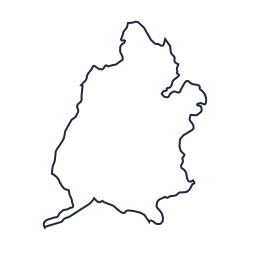 SVG path tracing the border of Évora, rotated 95°
{"feature_id": "PRT-744", "entity_name": "Évora", "entity_type": "District", "adm_level": 1, "iso_a3": "PRT", "parent_name": "Portugal", "parent_adm1": "", "projection": "mercator", "projection_center": [-7.866, 38.601], "detail": "fine", "context": "isolated", "style": "outline", "palette": "slate", "viewbox_px": 256, "rotation_deg": 95, "n_neighbors": 0, "source": "natural_earth", "source_scale": "10m", "svg_char_len": 3775}
<svg xmlns="http://www.w3.org/2000/svg" viewBox="0 0 256 256"><g transform="rotate(95 128 128)"><path d="M219.4,98.9L213.2,104.0L212.9,104.7L211.8,107.0L211.3,108.3L210.3,114.4L210.1,118.4L210.1,120.2L210.3,121.7L211.0,122.8L211.9,123.3L212.8,123.9L213.2,125.3L212.4,127.8L206.6,136.2L204.1,145.1L202.8,147.2L204.4,149.5L204.2,151.6L202.9,153.5L200.9,155.7L202.8,156.6L206.7,159.5L221.4,178.5L222.0,179.5L222.9,181.8L223.5,182.9L224.4,183.9L226.8,185.7L227.5,186.5L233.1,200.8L234.5,202.1L233.8,202.4L233.0,203.1L231.6,203.5L229.6,203.4L227.9,202.2L226.7,200.9L225.5,198.4L225.1,197.1L223.5,193.5L223.3,192.2L222.9,191.1L222.1,190.2L218.5,188.5L215.7,185.6L215.1,184.4L214.8,183.1L214.5,181.8L213.9,180.6L213.2,179.6L212.7,178.8L212.4,178.2L212.3,177.4L212.1,176.8L211.7,176.1L210.7,175.9L209.6,176.0L206.1,177.5L205.2,177.5L204.0,177.9L199.6,180.4L195.2,181.6L194.9,182.8L194.8,183.9L194.2,185.6L193.3,187.2L191.8,188.3L191.3,189.1L189.1,190.3L188.8,190.9L184.9,192.9L182.6,195.4L180.7,198.3L180.5,199.5L179.0,199.9L172.7,199.7L169.6,198.7L167.0,198.1L157.9,197.9L155.9,197.3L147.0,192.3L143.4,190.9L136.4,190.2L124.7,184.9L121.5,181.1L117.5,179.5L116.3,179.2L114.7,179.0L111.6,180.6L110.5,180.6L109.2,180.2L107.8,179.2L106.1,177.4L105.4,177.0L103.4,176.7L100.3,177.1L90.0,176.9L89.5,178.5L84.3,174.4L81.7,173.4L80.4,173.5L79.1,173.2L77.9,172.8L75.0,171.1L73.1,169.6L70.1,168.4L69.2,167.9L69.2,166.6L71.5,162.6L72.0,159.5L71.3,158.1L70.3,157.3L68.3,156.4L67.6,155.4L67.6,154.4L68.2,153.9L68.2,152.8L66.4,147.9L66.2,146.9L66.1,146.4L66.1,146.2L65.4,145.0L63.6,143.1L60.9,139.8L59.7,139.2L57.1,139.8L53.9,141.9L51.9,142.6L47.9,142.8L46.2,142.1L45.0,141.2L44.2,140.4L43.7,139.4L42.7,138.8L41.4,138.6L40.9,139.3L41.2,140.2L41.4,141.3L41.2,142.2L40.4,142.7L37.0,141.6L32.9,141.0L27.6,137.8L23.5,137.2L22.7,133.0L22.3,131.6L21.6,130.4L21.5,128.7L21.6,127.3L26.6,120.9L38.2,112.8L40.4,110.0L41.6,108.4L41.8,106.2L41.7,105.0L43.2,102.2L42.8,100.4L42.0,99.8L36.2,98.7L42.8,93.1L49.0,91.9L50.4,90.9L53.3,87.9L54.7,87.6L56.3,87.7L57.4,87.4L58.1,87.0L58.8,86.3L59.4,85.4L59.7,84.4L60.0,83.5L60.9,83.4L63.3,84.4L65.1,84.5L66.7,83.9L68.1,83.8L68.9,84.0L69.6,83.6L69.9,82.8L70.5,81.9L71.4,82.0L72.4,82.7L76.1,86.6L77.3,87.5L81.7,88.4L83.1,89.0L84.0,89.9L84.5,91.0L84.7,92.0L85.2,92.8L86.0,92.9L86.7,92.6L87.4,93.1L88.1,95.3L88.7,96.2L91.0,97.4L93.4,95.1L94.1,92.6L93.9,91.1L93.0,90.1L91.8,89.6L90.7,89.4L88.5,87.0L87.6,85.4L87.7,84.1L88.4,81.0L87.7,79.7L87.2,79.1L85.5,78.9L78.3,75.6L77.3,75.0L76.2,74.0L75.9,72.6L76.4,71.4L77.2,70.5L78.0,69.3L78.5,67.8L78.9,65.9L78.9,63.0L79.4,61.4L80.1,60.3L80.8,60.1L82.6,60.0L83.5,59.3L84.7,57.1L87.4,54.6L89.7,53.6L90.7,53.0L91.8,52.7L95.6,52.5L97.7,53.3L97.8,54.3L97.4,55.4L96.8,57.7L97.5,60.1L98.4,61.2L99.2,60.9L99.6,59.9L99.6,58.7L99.8,57.8L100.0,57.4L100.1,57.2L101.8,56.5L103.9,56.2L105.2,56.5L105.8,56.9L106.0,57.1L109.1,60.4L109.4,62.0L109.5,64.6L109.4,66.6L109.9,66.9L113.3,67.4L114.5,67.2L115.6,66.5L116.6,65.7L117.4,64.7L119.7,63.1L122.6,62.6L124.3,63.8L130.5,72.3L134.4,75.0L135.9,75.2L137.4,75.3L138.6,75.1L141.5,75.2L146.0,73.6L147.3,72.2L149.5,69.5L150.7,69.6L152.8,70.9L153.9,71.2L155.3,70.5L156.6,70.4L158.0,70.7L161.1,71.9L162.2,71.6L162.9,71.3L163.5,70.6L164.2,69.4L165.1,68.0L167.2,66.4L169.2,65.7L172.0,65.1L174.1,64.2L175.5,63.3L176.0,62.1L176.0,60.9L175.5,59.9L174.5,58.6L176.4,57.2L177.1,57.2L177.5,57.2L178.3,58.9L183.9,61.2L186.1,63.4L186.9,65.1L187.3,68.2L187.6,69.3L187.7,71.2L190.7,74.0L191.8,77.5L192.1,79.8L194.2,82.7L193.4,85.4L194.4,86.8L196.2,90.2L197.4,91.4L199.5,92.6L202.0,92.6L202.6,92.9L204.7,92.2L207.4,89.2L210.4,86.7L214.5,85.3L217.1,85.2L218.7,85.9L220.4,87.1L220.9,88.3L221.0,90.7L220.8,91.9L218.7,95.1L218.4,96.0L218.3,97.7L219.3,98.9L219.4,98.9Z" fill="none" stroke="#1e293b" stroke-width="2"/></g></svg>